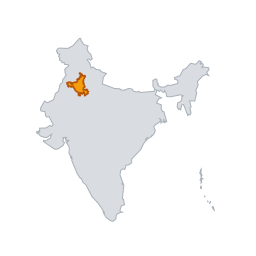 India, with Haryana highlighted, rotated 349°
{"feature_id": "IND-2430", "entity_name": "Haryana", "entity_type": "State", "adm_level": 1, "iso_a3": "IND", "parent_name": "India", "parent_adm1": "", "projection": "mercator", "projection_center": [76.236, 29.302], "detail": "fine", "context": "in_parent", "style": "filled", "palette": "amber", "viewbox_px": 256, "rotation_deg": 349, "n_neighbors": 0, "source": "natural_earth", "source_scale": "10m", "svg_char_len": 7449}
<svg xmlns="http://www.w3.org/2000/svg" viewBox="0 0 256 256"><g transform="rotate(349 128 128)"><path d="M37.3,114.4L40.8,113.7L41.2,111.3L47.5,112.3L51.8,110.6L53.2,111.8L55.2,110.7L52.8,102.0L50.4,101.7L49.4,100.3L49.7,96.2L45.7,94.5L45.9,91.9L51.2,85.6L53.7,87.8L60.4,86.0L63.3,80.4L66.8,78.5L69.8,72.0L72.4,70.9L73.0,68.4L77.5,64.1L76.8,63.0L77.1,58.3L81.8,55.4L81.3,54.3L77.9,53.4L77.7,51.4L75.8,51.4L75.5,49.7L73.6,48.2L74.5,45.9L73.5,44.3L75.2,42.6L73.0,41.6L73.4,40.4L72.3,39.4L73.4,37.3L75.5,36.4L84.2,38.4L89.7,36.7L97.2,30.9L98.7,31.0L98.5,32.7L100.5,37.6L104.5,39.9L103.0,42.1L103.5,45.9L105.5,48.4L106.1,53.3L104.2,54.4L102.8,52.6L100.9,53.2L103.0,57.3L103.1,62.0L105.4,61.4L107.8,64.4L111.8,65.8L112.1,67.4L117.2,70.3L113.4,73.5L111.3,79.9L122.4,86.7L127.5,88.0L127.9,89.1L131.4,90.2L136.3,89.3L139.6,90.7L140.0,92.5L143.5,94.5L145.5,93.9L146.9,95.5L160.6,97.0L161.6,94.7L160.5,91.8L161.5,86.1L164.2,85.1L165.6,85.7L165.3,89.1L166.2,90.5L165.2,91.5L167.8,94.0L171.6,94.8L175.2,93.5L177.7,94.3L185.5,93.8L186.0,90.7L183.0,88.8L183.2,87.4L188.9,86.6L193.3,81.3L196.4,80.6L201.8,76.4L206.6,78.4L210.6,75.5L212.6,76.9L211.1,78.1L211.2,79.2L213.1,78.3L214.0,80.3L212.1,82.8L214.1,82.5L218.6,84.2L218.7,86.2L215.8,88.6L217.2,91.9L214.9,90.4L211.6,90.9L205.0,95.6L205.0,99.4L201.5,104.4L202.3,106.2L198.7,114.3L193.7,113.0L194.0,119.3L192.7,120.0L192.7,125.4L191.2,127.0L190.0,126.0L189.1,127.1L187.0,115.6L185.1,115.5L183.1,120.3L182.0,118.8L181.2,119.5L180.3,116.3L181.6,112.8L184.7,112.1L186.1,110.6L186.9,107.4L188.4,107.0L185.8,105.4L175.8,105.5L172.0,104.6L172.0,100.1L171.0,98.2L170.3,99.7L169.2,99.7L167.0,96.9L165.8,98.0L162.9,95.8L163.4,97.1L161.2,100.5L166.6,104.8L163.5,105.3L160.8,109.1L165.1,111.5L164.2,115.6L165.1,118.5L166.4,118.9L167.2,129.2L166.0,128.6L165.3,129.7L164.6,126.1L164.3,129.2L162.4,128.5L161.4,129.4L161.9,126.0L160.3,124.4L161.6,126.1L160.3,128.1L155.0,130.3L153.5,132.0L154.3,135.6L152.9,138.2L150.5,140.2L149.7,139.9L149.5,140.9L145.6,142.3L145.1,141.0L143.5,141.8L143.1,142.9L144.7,142.7L140.6,146.0L136.4,151.5L125.6,159.3L124.9,162.8L121.9,164.3L118.9,164.2L117.0,168.0L114.9,167.1L112.7,168.3L111.2,172.4L112.8,182.6L111.9,181.1L111.3,181.8L113.0,183.4L109.0,196.4L110.0,197.1L109.9,202.7L106.6,203.1L104.3,207.4L104.8,208.9L107.2,209.8L104.6,209.3L101.1,210.3L99.7,211.7L98.8,214.9L95.5,216.8L92.7,215.3L89.5,211.6L88.1,208.1L87.5,205.2L88.9,207.6L88.2,205.2L84.3,196.1L79.5,188.4L76.0,176.1L73.3,172.4L72.6,168.6L71.6,168.3L69.5,163.4L66.6,149.2L67.4,146.7L67.2,145.8L66.4,147.0L66.2,146.3L66.2,144.9L67.3,145.0L66.1,144.4L65.3,141.4L66.7,135.8L65.1,131.1L65.7,130.5L65.0,130.5L68.1,128.6L64.5,129.0L65.5,127.1L64.4,127.1L64.6,125.8L66.2,125.4L62.3,125.1L62.9,126.3L61.4,128.1L62.8,130.1L61.3,132.6L55.1,135.3L51.8,134.7L42.3,125.0L42.8,124.0L44.2,125.0L49.8,123.1L51.8,119.6L46.7,121.8L44.0,121.2L40.3,118.9L38.9,116.3L41.1,114.4L37.8,116.2L37.3,114.4ZM190.0,195.0L188.8,192.8L190.4,190.6L190.8,183.4L192.1,182.2L191.0,186.0L191.7,188.6L190.9,189.3L190.0,195.0ZM196.8,222.1L196.9,225.1L195.8,223.5L196.8,222.1ZM188.6,201.2L187.8,201.2L187.7,199.9L188.7,199.0L188.6,201.2ZM194.1,217.2L194.0,218.1L193.8,217.2L194.1,217.2ZM195.0,215.9L194.7,217.1L194.8,215.9L195.0,215.9ZM196.0,221.0L195.7,221.9L195.4,221.6L196.0,221.0ZM190.5,209.9L190.0,210.0L190.2,209.5L190.5,209.9ZM189.8,195.4L189.2,195.9L189.5,195.1L189.8,195.4ZM191.8,191.8L192.1,192.7L191.4,192.0L191.8,191.8ZM192.6,215.7L192.1,215.6L192.3,215.1L192.6,215.7ZM190.0,186.0L189.8,186.9L189.9,185.9L190.0,186.0Z" fill="#d9dde1" stroke="#a8b0b8" stroke-width="1"/><path d="M91.1,64.8L91.3,65.0L91.7,65.0L91.8,65.2L92.0,65.6L92.3,65.9L92.8,66.2L93.0,66.4L93.2,66.6L93.2,67.2L93.1,67.4L93.1,67.5L93.5,67.9L93.5,68.1L93.8,68.0L94.1,68.2L94.5,68.3L95.1,68.3L95.0,68.5L95.4,68.5L95.6,68.6L95.9,68.8L95.9,69.2L95.8,69.5L94.8,70.4L94.8,70.5L94.6,70.8L94.4,71.0L94.2,71.2L94.0,71.3L93.7,71.7L93.6,72.0L93.4,72.9L93.3,73.2L93.1,73.2L93.1,73.3L93.1,73.5L92.9,73.7L93.0,73.8L92.8,74.0L92.9,74.5L92.7,74.6L92.7,74.9L92.7,75.1L92.9,75.1L93.0,75.2L92.7,75.5L93.1,75.6L93.2,75.8L93.1,76.0L93.2,76.4L93.1,76.7L93.1,77.7L93.1,77.8L93.2,78.0L93.3,78.4L93.5,78.7L93.4,78.8L93.6,79.1L93.6,79.3L93.5,79.5L93.2,79.7L92.7,79.5L92.3,79.7L92.0,79.8L91.9,80.0L91.9,80.6L91.9,80.8L91.8,81.0L91.7,81.2L91.5,81.3L91.2,81.7L91.4,81.9L91.5,82.1L92.1,82.0L92.2,81.9L92.3,81.8L92.7,82.0L92.9,82.4L93.2,82.6L93.5,82.7L93.6,82.4L93.8,82.2L94.3,82.1L94.6,82.3L94.6,82.5L94.8,82.4L94.8,82.5L95.2,82.7L95.2,82.9L95.2,83.0L95.3,83.0L95.2,83.3L95.2,83.5L95.3,83.6L95.3,83.9L95.5,84.0L95.3,84.3L95.5,84.4L95.6,84.5L95.4,84.5L95.4,85.1L95.2,84.9L95.2,85.2L95.2,85.4L95.4,85.6L95.5,85.9L95.5,86.1L95.4,86.1L95.2,86.5L94.9,86.5L94.7,86.7L94.4,86.8L94.2,86.9L94.0,87.1L93.8,87.0L93.7,87.2L93.4,87.2L93.2,87.0L92.7,87.1L92.5,87.3L92.7,87.5L92.4,87.6L92.1,88.0L91.9,88.0L91.7,88.1L91.6,87.9L91.8,87.8L91.6,87.6L91.7,87.0L91.9,86.8L91.9,86.7L91.9,86.3L91.8,86.0L91.9,85.9L91.8,85.6L91.8,85.4L91.9,84.8L91.8,84.6L91.6,84.4L91.4,84.1L91.0,84.2L90.8,84.6L90.1,85.1L90.0,85.3L90.1,85.6L89.7,85.7L89.5,85.9L89.4,85.8L89.3,85.5L89.1,85.4L88.8,85.3L88.9,85.2L89.0,85.1L88.8,85.0L88.8,84.9L89.0,84.9L88.9,84.6L88.7,84.6L88.3,84.6L88.2,84.6L88.1,84.4L87.9,84.3L87.9,84.5L88.2,84.8L87.9,84.9L88.0,85.0L88.2,85.3L87.9,85.4L87.7,85.2L87.4,85.3L87.1,85.2L87.1,85.3L87.0,85.6L87.2,86.0L87.2,86.4L87.3,86.5L87.4,86.9L87.3,87.0L87.2,87.1L86.8,86.8L86.6,86.8L86.0,86.8L85.9,86.8L85.9,86.5L85.8,86.4L85.6,86.3L85.6,86.2L85.8,86.1L86.0,85.9L85.9,85.8L85.8,85.7L86.0,85.4L86.2,85.2L85.9,85.1L85.7,85.0L85.7,84.9L86.0,84.7L86.2,84.4L86.5,84.6L86.2,83.9L85.8,83.3L85.3,82.9L85.0,82.8L84.9,82.7L84.7,82.7L84.6,82.4L84.2,82.1L83.5,81.2L83.1,80.1L83.1,79.8L83.0,79.7L82.8,79.2L83.0,79.0L83.1,78.9L83.0,78.7L82.6,78.5L82.3,77.9L82.3,77.7L82.2,77.5L82.2,77.4L82.3,77.3L82.4,77.2L82.2,76.8L81.9,77.0L81.8,76.9L81.9,76.6L81.5,76.7L81.5,76.8L81.4,76.8L81.2,76.9L81.0,76.7L80.8,76.9L80.5,77.0L80.3,77.0L80.2,76.9L80.1,76.6L79.9,76.6L79.6,76.6L79.4,76.1L79.2,75.9L78.8,75.8L78.6,75.8L78.4,76.0L78.0,76.0L77.7,76.1L77.6,76.3L77.4,76.3L76.9,75.5L77.0,75.4L77.3,75.3L77.4,75.2L77.4,74.9L77.2,74.7L77.2,73.9L77.4,73.5L77.4,73.3L77.3,73.2L77.2,73.2L77.1,73.3L76.8,73.4L76.7,73.4L76.5,73.2L76.6,72.8L76.9,72.7L77.0,72.5L77.0,72.3L76.8,72.1L76.8,71.9L77.7,72.1L77.8,71.9L78.0,71.8L78.7,71.6L78.8,71.8L79.3,71.9L79.4,72.0L79.5,72.2L79.8,72.4L80.2,72.3L80.3,72.3L80.4,72.1L80.5,72.1L80.5,72.3L80.4,72.5L80.4,72.8L80.6,72.9L80.7,73.0L80.8,73.0L80.8,72.8L80.9,72.7L81.0,72.7L81.1,73.0L81.3,73.3L81.1,73.3L81.1,73.6L80.9,73.8L81.0,73.9L81.0,74.1L81.2,74.3L81.3,74.7L81.7,74.5L81.6,74.3L81.7,74.1L81.8,73.9L82.0,73.9L82.2,73.6L82.4,73.2L82.6,72.9L83.0,73.0L83.4,73.2L83.6,73.2L83.9,73.1L84.2,73.2L84.3,73.1L84.3,72.9L84.5,72.8L84.8,72.7L85.0,72.8L85.2,73.2L85.3,73.3L85.8,73.4L86.1,73.3L86.3,73.3L86.6,72.9L87.0,72.8L87.4,72.5L87.4,72.4L87.2,72.2L87.1,71.9L87.3,71.4L87.4,71.2L87.6,70.9L87.3,70.7L87.5,70.5L88.0,70.8L88.1,70.7L88.3,70.7L88.5,70.5L88.4,70.2L88.6,70.2L88.6,70.3L88.7,70.5L88.9,70.8L89.1,70.9L89.3,70.9L89.9,70.5L90.0,70.1L89.8,69.9L89.7,69.8L89.7,69.7L89.5,69.9L89.4,70.0L89.4,69.9L89.5,69.6L89.8,69.6L90.1,69.4L90.6,69.0L90.6,68.9L90.6,68.5L90.7,68.4L90.9,68.5L91.2,68.5L91.3,68.5L91.4,68.9L91.6,68.9L91.7,68.7L91.6,68.3L91.6,68.0L91.7,67.8L91.6,67.6L91.6,67.2L91.4,66.9L91.3,66.6L91.2,66.6L91.2,66.2L91.1,65.9L91.2,65.7L91.2,65.4L90.8,65.0L91.0,64.8L91.1,64.8Z" fill="#f59e0b" stroke="#b45309" stroke-width="1.5"/></g></svg>